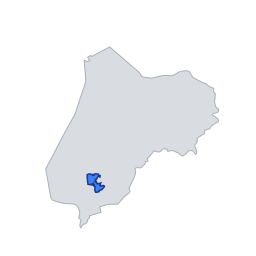 Al-Nasiriya, Dhi-Qar, Iraq shown in context, rotated 74°
{"feature_id": "34846034B33180945258667", "entity_name": "Al-Nasiriya", "entity_type": "district", "adm_level": 2, "iso_a3": "IRQ", "parent_name": "Iraq", "parent_adm1": "Dhi-Qar", "projection": "equal_earth", "projection_center": [46.263, 31.12], "detail": "fine", "context": "in_parent", "style": "filled", "palette": "blue", "viewbox_px": 256, "rotation_deg": 74, "n_neighbors": 0, "source": "geoboundaries", "source_scale": "gbopen_adm2", "svg_char_len": 6074}
<svg xmlns="http://www.w3.org/2000/svg" viewBox="0 0 256 256"><g transform="rotate(74 128 128)"><path d="M107.0,40.4L108.6,39.9L111.6,37.3L113.4,34.8L114.0,34.6L115.5,35.4L116.6,35.6L119.2,34.7L120.8,35.2L122.0,35.8L122.8,35.9L126.2,37.4L127.1,37.6L128.9,37.8L131.5,37.9L133.2,36.9L134.5,35.9L135.3,35.9L136.1,36.1L136.8,36.6L137.4,37.3L137.7,38.3L137.5,41.6L137.8,42.5L138.2,43.1L138.8,43.2L139.6,42.5L140.9,41.5L142.4,40.3L143.6,39.3L144.3,38.9L145.3,39.0L146.3,39.1L146.9,39.6L146.9,39.8L147.4,41.4L148.8,47.2L149.5,47.9L150.4,48.5L151.0,49.4L151.3,50.2L151.2,51.6L151.2,53.2L151.6,54.4L152.1,55.3L152.6,55.7L153.3,55.8L154.1,56.0L154.7,56.9L156.5,63.5L156.7,64.4L157.4,64.7L158.7,64.6L160.0,65.3L161.4,66.3L162.7,68.4L163.6,68.7L166.3,68.4L170.1,68.7L171.9,69.8L171.7,70.4L170.3,71.1L167.9,72.0L167.2,73.4L166.8,75.3L166.9,76.3L167.5,77.5L169.2,79.8L169.3,80.6L169.6,81.7L169.9,82.5L169.5,84.1L168.0,85.1L166.0,86.3L161.9,91.4L161.6,92.5L161.6,95.5L161.2,96.4L159.9,96.4L158.9,96.2L158.8,97.3L158.2,98.7L157.8,99.9L159.3,102.8L159.6,104.4L159.3,105.8L157.9,108.2L157.1,109.9L157.3,110.2L158.4,110.9L161.8,116.2L162.8,118.1L164.3,117.6L164.8,117.7L165.2,118.0L165.5,118.6L165.5,119.4L165.1,120.6L166.9,121.1L167.6,122.3L169.7,126.5L169.6,127.7L168.6,129.7L168.6,131.0L168.8,132.2L169.2,132.6L172.3,132.8L173.6,133.3L176.9,135.4L180.6,138.7L183.7,141.4L186.3,143.7L189.1,143.5L189.8,144.0L190.6,144.7L191.4,146.6L193.0,150.8L194.3,152.3L196.4,155.7L198.4,158.9L197.2,163.3L195.9,167.9L195.9,173.8L196.0,176.9L198.6,177.1L201.6,177.2L201.7,181.0L201.7,184.8L201.8,189.2L202.7,189.4L204.1,190.3L204.7,191.7L205.4,192.5L206.3,192.6L207.2,193.3L208.1,194.6L208.4,195.5L208.2,196.2L208.4,197.3L209.0,199.0L209.8,199.8L211.0,200.7L209.4,201.3L207.7,200.9L204.0,198.9L202.8,198.9L201.3,199.6L201.2,200.3L197.3,198.1L195.9,197.7L195.4,197.6L193.2,197.6L190.1,198.0L188.2,198.9L186.9,199.8L186.4,200.7L186.1,201.2L185.1,203.9L184.0,207.4L182.8,210.5L180.4,214.8L179.1,216.9L176.3,220.6L173.3,221.4L166.3,220.6L158.5,219.8L150.8,219.0L145.0,218.4L144.6,218.2L138.9,212.8L134.5,208.6L128.9,203.3L123.2,197.9L117.5,192.5L113.3,188.5L108.3,183.4L103.7,178.8L100.1,175.2L95.4,172.0L91.8,169.5L86.5,165.9L82.3,163.0L78.7,160.5L73.1,156.7L71.3,155.6L65.5,154.4L60.0,153.3L54.3,152.2L50.6,151.4L53.1,148.7L52.4,146.3L50.6,146.8L48.9,147.3L48.0,143.6L49.3,143.1L48.2,138.2L47.1,133.1L46.1,128.3L45.0,123.3L49.9,120.1L53.5,117.7L58.6,114.4L63.5,111.2L68.2,108.1L73.3,104.8L77.9,101.8L82.1,100.6L83.0,99.6L84.9,95.5L86.6,92.0L86.7,91.2L86.8,86.3L87.2,80.5L87.8,77.4L88.8,74.7L89.7,72.7L89.8,70.8L89.7,69.0L88.9,66.1L88.1,63.1L88.2,60.3L88.4,58.7L89.0,56.3L90.0,54.5L91.1,53.4L95.0,52.3L97.3,51.6L100.5,48.4L102.3,46.6L104.9,43.6L106.8,41.4L107.0,40.7L107.0,40.4Z" fill="#d9dde1" stroke="#a8b0b8" stroke-width="1"/><path d="M181.2,173.6L180.9,173.7L180.9,173.3L180.8,173.2L180.5,172.9L179.9,171.4L179.8,171.1L180.1,170.7L180.1,170.2L179.8,169.7L179.3,169.0L178.5,167.8L178.0,167.1L177.9,167.0L177.7,166.7L177.4,166.7L177.1,166.9L176.9,167.1L176.7,167.4L176.5,167.6L176.3,167.9L176.3,168.2L176.4,168.6L176.4,168.8L176.4,169.1L176.4,169.5L176.3,169.8L176.3,170.1L176.3,170.5L176.1,170.7L175.9,170.8L175.7,171.0L175.5,170.9L175.4,170.7L175.2,170.6L175.1,170.3L174.9,170.1L174.7,170.1L174.4,170.2L174.2,170.2L173.9,169.8L173.6,169.7L173.3,169.4L173.3,169.7L173.3,169.9L173.3,170.2L173.3,170.3L173.4,170.7L173.4,170.9L173.4,171.1L173.4,171.3L173.3,171.6L173.4,171.8L173.5,172.0L173.4,172.2L173.3,172.5L173.2,172.7L173.1,172.9L173.0,173.1L172.8,173.0L172.6,173.1L172.4,173.3L172.2,173.4L171.9,173.3L171.8,173.1L171.6,173.0L171.3,173.1L171.2,173.3L171.1,173.5L170.8,174.0L170.6,173.9L170.5,173.6L170.4,173.4L170.2,173.5L170.0,173.9L170.0,174.1L170.0,174.3L169.8,174.0L169.6,173.8L169.5,173.7L169.1,173.6L168.8,173.6L168.6,173.5L168.4,173.5L168.4,173.4L168.5,173.1L168.6,172.9L168.7,172.7L168.5,172.3L168.3,172.1L168.1,171.9L167.9,171.7L167.7,171.5L167.5,171.3L167.3,171.1L167.1,171.0L166.9,170.7L166.7,170.5L166.4,170.2L166.2,170.0L166.1,169.9L166.1,169.7L166.3,169.4L166.5,169.2L166.8,168.9L167.1,168.8L167.4,168.7L167.5,168.5L167.2,168.3L166.9,168.3L166.6,168.2L166.3,168.2L166.0,168.0L165.9,168.3L165.7,168.7L165.5,169.1L165.3,169.4L165.0,169.3L164.8,169.2L164.2,169.1L164.0,169.4L163.9,169.9L163.6,170.6L163.5,171.0L163.4,171.1L163.2,171.5L163.1,171.9L163.0,172.1L163.0,172.3L163.1,172.6L163.3,172.8L163.5,172.9L163.8,173.1L164.0,173.2L164.0,173.3L164.0,173.6L163.9,173.9L163.9,174.2L163.8,174.6L163.8,174.9L163.5,174.7L163.1,174.6L162.9,174.5L162.8,175.3L162.7,175.9L162.6,176.0L162.5,176.3L162.4,176.6L162.2,176.7L162.0,176.8L161.8,176.9L161.7,177.0L161.5,177.5L161.5,177.9L161.5,178.4L161.5,178.8L161.5,179.4L161.5,179.9L161.6,180.1L161.9,180.2L162.4,180.3L162.6,180.4L163.0,180.5L163.5,180.6L163.9,180.7L164.0,180.8L164.5,180.9L164.9,180.9L165.2,181.0L165.4,181.0L165.8,181.1L166.1,181.1L166.4,181.2L166.6,181.2L167.2,181.4L167.7,181.5L168.3,181.6L168.5,181.6L168.8,181.7L169.4,181.8L169.9,181.8L171.1,182.0L171.2,181.8L171.2,181.7L171.3,181.5L171.4,181.4L171.4,181.2L171.5,181.0L171.6,180.8L171.7,180.6L171.8,180.4L172.0,180.1L172.1,179.8L172.2,179.7L172.3,179.4L172.4,179.2L172.5,179.0L172.6,178.8L172.6,178.7L172.4,178.6L172.2,178.5L171.9,178.5L171.9,178.3L171.9,177.9L172.0,177.6L172.1,177.4L172.3,177.1L172.3,176.9L172.2,176.7L172.3,176.7L172.5,176.5L172.6,176.8L172.7,177.1L172.7,177.3L172.8,177.5L173.0,177.8L173.2,177.7L173.3,177.5L173.4,177.4L173.3,177.2L173.3,176.9L173.3,176.7L173.4,176.4L173.5,176.2L173.8,176.3L174.0,176.4L174.2,176.5L174.4,176.5L174.5,176.5L174.8,176.5L174.9,176.3L175.0,176.2L175.3,176.0L175.4,175.9L175.5,175.8L175.8,176.0L176.0,176.1L176.3,176.3L176.5,176.4L176.9,176.5L177.1,176.5L177.3,176.6L177.5,176.6L177.9,176.7L178.0,176.7L178.2,176.8L178.3,176.9L178.4,177.0L178.5,177.1L178.8,177.0L179.1,177.0L179.5,177.0L179.9,176.9L180.2,176.9L180.6,176.9L180.7,176.7L180.8,176.7L180.9,176.4L181.0,176.2L181.2,175.9L181.2,175.7L181.3,175.2L181.2,174.9L181.2,174.4L181.2,173.9L181.2,173.7L181.2,173.6Z" fill="#3b82f6" stroke="#1e3a8a" stroke-width="1.5"/></g></svg>